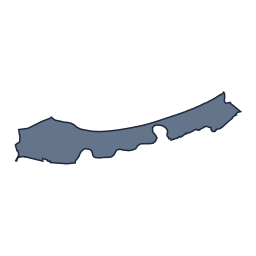 Jūrmala, Jurmala, Latvia
{"feature_id": "27541924B97650522889636", "entity_name": "Jūrmala", "entity_type": "district", "adm_level": 2, "iso_a3": "LVA", "parent_name": "Latvia", "parent_adm1": "Jurmala", "projection": "albers", "projection_center": [23.72, 56.967], "detail": "fine", "context": "isolated", "style": "filled", "palette": "slate", "viewbox_px": 256, "rotation_deg": 0, "n_neighbors": 0, "source": "geoboundaries", "source_scale": "gbopen_adm2", "svg_char_len": 5672}
<svg xmlns="http://www.w3.org/2000/svg" viewBox="0 0 256 256"><path d="M181.0,136.8L181.2,136.6L181.6,136.5L182.7,136.0L183.1,135.4L183.4,135.2L184.1,134.8L184.9,134.2L185.3,133.9L185.3,133.5L185.8,133.3L186.0,133.6L186.6,133.9L187.1,133.3L187.0,133.2L187.8,132.8L188.8,132.9L189.7,132.5L190.6,132.1L191.6,131.6L192.7,131.1L193.3,130.8L193.4,130.7L193.5,130.5L193.7,130.3L193.9,130.3L194.1,130.3L194.6,129.9L194.9,129.7L195.0,129.8L195.8,129.3L196.3,129.6L197.0,129.5L197.2,129.9L197.4,130.2L198.5,129.7L198.6,129.8L199.6,130.2L199.8,129.8L200.7,128.9L201.5,128.5L203.8,127.5L204.0,127.3L204.5,126.5L205.0,126.6L205.8,126.6L206.1,126.5L206.5,126.3L210.7,127.8L211.4,128.1L211.0,129.6L212.1,131.2L213.2,131.6L213.5,131.5L214.4,131.5L215.4,131.0L216.2,130.1L216.5,129.6L216.8,129.4L216.7,129.4L217.0,129.2L219.3,128.8L219.6,128.8L222.3,127.1L223.6,125.8L226.7,123.0L226.8,122.9L230.4,119.8L231.9,118.7L232.2,118.2L233.2,116.8L233.6,116.3L234.0,116.1L235.6,115.3L236.4,114.9L235.8,114.4L236.7,113.2L237.2,112.6L238.1,112.1L238.5,112.0L238.9,112.1L240.6,111.6L237.1,108.8L233.5,105.8L230.5,103.4L230.4,102.5L228.6,102.7L226.7,103.1L225.5,103.1L225.1,102.6L224.7,101.9L224.4,100.7L224.5,98.9L224.7,96.9L224.5,93.4L224.4,93.3L223.7,92.2L221.9,94.2L221.1,94.5L220.5,94.5L219.6,95.1L219.7,95.3L219.0,95.6L218.8,95.7L218.3,96.0L217.8,96.3L217.3,96.6L216.7,97.0L216.0,97.5L215.3,97.9L211.5,100.1L210.8,100.4L210.3,100.7L210.0,100.8L209.4,101.1L208.7,101.5L208.0,101.9L207.3,102.3L206.0,102.9L205.5,103.0L204.8,103.3L204.6,103.5L204.4,103.5L203.2,104.0L201.3,105.0L201.0,105.1L200.8,105.3L200.1,105.6L199.8,105.7L198.0,106.6L196.3,107.2L194.5,108.1L193.6,108.5L192.4,108.9L191.9,109.0L191.0,109.5L189.5,110.0L189.3,110.1L188.8,110.3L188.1,110.5L187.2,110.9L186.5,111.2L184.9,111.9L183.6,112.3L182.6,112.7L180.8,113.3L180.6,113.4L180.4,113.5L180.1,113.6L179.8,113.7L179.0,114.0L178.6,114.1L178.1,114.3L177.7,114.4L177.2,114.5L176.8,114.7L176.6,114.8L174.5,115.5L174.0,115.7L173.5,115.8L172.8,116.0L172.1,116.3L171.6,116.4L171.3,116.5L171.0,116.6L170.9,116.7L170.3,116.9L168.8,117.4L168.4,117.5L167.8,117.7L166.2,118.2L166.0,118.3L165.7,118.4L164.6,118.7L163.0,119.3L162.0,119.6L160.5,120.1L160.0,120.3L159.1,120.6L158.5,120.8L157.9,121.0L156.7,121.3L155.9,121.7L155.4,121.8L154.4,122.1L153.8,122.2L153.2,122.5L152.2,122.7L152.0,122.8L151.6,122.9L151.0,123.1L150.6,123.2L150.4,123.3L150.0,123.4L149.6,123.6L148.1,124.0L147.5,124.1L146.2,124.5L144.8,124.8L144.7,124.9L143.8,125.1L143.3,125.2L142.7,125.4L142.0,125.5L141.5,125.6L140.5,125.9L140.3,125.9L140.0,125.9L139.6,126.0L139.4,126.1L139.1,126.1L138.8,126.2L138.7,126.2L138.4,126.3L137.5,126.6L136.7,126.7L136.4,126.8L135.9,126.8L135.7,126.8L135.2,126.9L134.6,127.0L133.8,127.2L131.8,127.7L131.2,127.7L130.5,127.9L129.6,128.0L129.4,128.0L128.8,128.2L127.0,128.5L125.3,128.8L124.4,129.0L124.2,129.0L123.7,129.0L122.9,129.2L122.5,129.3L121.5,129.5L121.2,129.5L120.8,129.5L120.2,129.6L119.9,129.7L119.1,129.8L118.7,129.9L117.8,130.0L116.8,130.1L115.5,130.3L115.0,130.3L113.5,130.6L112.2,130.7L110.3,130.9L109.4,131.0L108.3,131.1L103.9,131.4L102.8,131.4L102.7,131.5L102.3,131.5L100.3,131.6L96.5,131.5L94.0,131.4L92.3,131.3L91.3,131.1L89.4,130.9L87.8,130.5L87.5,130.5L85.8,130.1L85.4,130.1L84.2,129.9L83.1,129.7L82.8,129.5L82.3,129.5L81.9,129.3L81.5,129.3L80.4,129.0L79.9,128.8L79.5,128.6L79.2,128.5L78.6,128.2L77.1,127.3L76.5,127.0L76.1,126.7L75.4,126.1L75.2,125.8L75.0,125.6L74.9,125.4L74.4,125.0L73.7,124.7L73.1,124.3L72.4,123.9L71.6,123.5L70.9,123.2L70.4,123.0L70.0,122.9L69.7,122.9L69.1,122.8L68.8,122.7L67.4,122.5L66.7,122.3L65.3,122.3L64.5,122.2L63.0,122.0L62.5,121.7L61.8,121.5L60.6,121.4L60.4,121.2L60.2,121.2L59.9,121.1L59.1,121.1L57.3,120.6L55.6,120.3L55.2,120.1L54.6,119.9L54.1,119.5L53.3,118.8L53.0,118.7L52.5,118.3L52.3,118.2L52.0,117.8L51.4,117.2L50.5,118.0L50.2,118.2L45.8,119.9L42.1,121.3L28.0,128.3L18.7,129.6L20.0,137.6L19.5,142.0L15.4,144.8L15.9,146.9L16.2,148.1L16.6,149.2L16.7,149.7L16.9,150.7L18.0,150.7L18.9,156.1L18.0,156.3L18.1,156.8L17.7,157.2L17.4,157.6L17.2,157.9L17.1,158.3L16.5,159.2L16.3,159.6L15.7,160.8L16.0,161.0L16.5,161.0L16.6,160.9L16.4,160.8L17.1,159.6L17.0,159.4L17.4,158.6L17.5,158.6L17.8,158.0L17.8,157.9L17.9,157.7L18.1,157.4L22.9,156.5L24.8,157.0L24.8,156.7L42.8,161.1L42.7,158.7L42.8,158.5L45.4,159.3L46.9,159.8L46.8,160.1L47.3,160.3L48.1,161.3L50.3,161.1L50.3,161.3L50.2,162.5L60.0,163.3L60.4,163.3L62.1,163.4L63.1,163.4L63.7,163.5L64.8,163.6L65.9,163.8L68.0,163.6L70.0,163.4L71.0,163.4L71.4,163.3L75.2,162.9L75.3,161.1L78.0,157.7L78.5,157.0L79.2,155.8L79.6,154.6L80.0,153.6L80.2,153.1L80.7,152.3L81.2,151.7L81.8,151.0L82.9,150.0L83.6,149.4L83.9,149.2L84.8,148.8L85.2,148.7L86.1,148.8L87.8,149.1L89.3,149.3L90.3,149.8L90.8,150.1L91.1,150.4L91.5,150.9L91.9,151.8L92.1,152.5L92.5,153.2L92.5,154.1L93.2,156.0L93.7,156.7L95.2,157.5L99.1,157.9L104.2,157.4L109.0,157.3L111.2,156.9L112.3,156.3L113.9,155.0L114.3,154.2L116.8,149.9L120.2,149.3L123.4,150.1L128.6,150.6L132.2,150.1L135.7,148.7L137.6,145.8L140.4,143.9L143.3,143.7L149.3,143.7L153.1,143.2L155.5,141.2L157.0,137.9L155.6,135.3L152.7,131.8L152.5,127.5L155.0,125.2L158.2,125.0L161.5,125.5L163.5,126.3L164.9,127.2L165.8,128.0L166.6,128.9L166.8,129.2L167.4,130.5L167.6,130.9L167.6,131.3L167.4,132.7L167.1,133.9L167.0,134.7L167.0,135.0L167.1,135.9L167.5,136.5L168.0,137.0L168.6,137.3L168.7,138.2L168.7,138.6L169.1,138.7L170.1,138.6L170.3,138.7L170.6,139.1L170.7,139.6L170.9,140.0L171.1,139.8L171.3,140.0L171.9,139.9L172.7,139.5L173.8,139.3L174.0,138.8L175.0,138.8L176.0,138.4L177.0,138.4L177.1,138.2L177.5,137.8L178.7,137.5L178.8,136.9L179.1,136.7L180.3,136.5L181.0,136.5L181.0,136.8Z" fill="#64748b" stroke="#1e293b" stroke-width="1.5"/></svg>